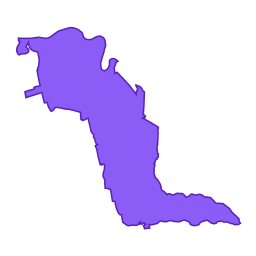 Tantareni, Gorj, Romania, rotated 86°
{"feature_id": "2599482B87643568907682", "entity_name": "Tantareni", "entity_type": "district", "adm_level": 2, "iso_a3": "ROU", "parent_name": "Romania", "parent_adm1": "Gorj", "projection": "albers", "projection_center": [23.539, 44.621], "detail": "fine", "context": "isolated", "style": "filled", "palette": "violet", "viewbox_px": 256, "rotation_deg": 86, "n_neighbors": 0, "source": "geoboundaries", "source_scale": "gbopen_adm2", "svg_char_len": 5771}
<svg xmlns="http://www.w3.org/2000/svg" viewBox="0 0 256 256"><g transform="rotate(86 128 128)"><path d="M221.7,139.8L224.8,136.0L225.2,135.2L225.5,134.4L225.5,133.5L225.2,130.5L225.7,126.7L225.5,125.9L225.1,124.8L224.1,123.8L224.9,123.3L224.6,122.5L223.8,122.7L223.2,123.1L222.5,122.4L222.9,122.4L224.0,121.7L225.1,120.7L223.7,119.0L225.2,117.1L225.7,117.5L225.8,118.3L226.3,118.7L226.5,119.2L227.2,119.3L227.7,119.0L228.1,118.9L228.4,118.6L229.4,118.7L229.7,118.3L229.4,115.2L229.4,113.3L227.1,113.6L225.7,113.6L226.2,112.4L226.3,111.3L225.3,105.7L225.2,105.2L223.5,103.4L223.2,102.7L223.1,101.8L223.4,100.3L224.0,99.0L224.1,96.5L224.1,95.4L223.7,94.7L223.3,92.9L223.4,92.0L223.4,91.5L224.1,89.5L224.5,88.8L224.7,86.5L225.0,85.1L225.2,84.4L225.0,83.0L224.8,82.7L224.8,82.1L224.1,80.3L223.8,78.9L223.9,77.7L224.2,77.0L226.1,73.6L227.1,72.9L228.2,72.6L228.9,71.9L229.7,70.3L230.0,68.9L230.0,66.7L229.5,64.6L229.4,64.7L228.8,63.6L227.7,62.9L226.7,61.2L226.3,59.9L226.3,58.8L226.0,58.5L225.5,56.2L225.7,55.1L226.5,54.3L227.0,53.2L228.1,52.3L228.3,51.9L228.5,51.4L228.8,51.1L229.0,50.6L229.1,50.0L229.3,49.7L229.6,48.5L229.3,47.7L229.2,46.7L228.3,46.1L227.6,45.0L227.5,43.5L227.6,42.6L227.4,41.4L227.6,40.8L228.5,39.0L228.7,36.7L228.7,35.9L228.8,35.3L230.3,32.4L230.5,31.6L230.8,30.0L231.2,29.6L231.6,28.6L231.7,28.3L232.1,27.7L232.0,27.2L231.8,25.9L232.0,24.6L230.7,22.4L229.2,23.5L228.1,23.7L226.8,23.5L226.2,23.8L224.0,25.7L219.0,30.4L216.4,31.7L215.3,32.5L209.9,38.7L209.9,39.0L210.1,39.9L209.6,40.9L209.5,41.4L209.4,42.7L209.6,44.1L209.5,44.4L208.9,45.6L207.8,46.7L207.3,47.2L206.5,47.5L205.6,48.5L203.7,50.0L202.9,51.0L202.7,52.8L202.3,54.2L202.1,54.7L202.4,55.7L202.3,56.3L200.8,57.9L200.3,58.7L199.6,59.5L199.5,59.9L199.3,60.9L199.1,61.7L199.4,64.0L199.6,64.5L199.7,65.1L199.5,65.8L199.6,66.1L199.4,66.7L198.9,67.1L198.5,68.0L198.4,69.6L198.5,70.0L199.9,71.3L200.3,72.2L200.5,73.2L201.0,74.3L200.7,75.5L199.5,76.0L199.0,76.3L197.8,77.6L197.1,78.8L197.0,79.5L197.1,80.3L196.6,82.5L196.6,84.0L196.8,84.8L197.5,85.9L197.8,87.9L197.6,89.1L196.8,90.4L196.5,91.2L196.4,92.2L196.7,92.9L197.5,93.4L196.8,94.0L195.8,94.6L195.9,95.0L195.4,95.2L194.2,96.4L193.8,96.5L193.6,97.2L191.4,99.3L189.2,99.0L188.5,99.3L186.6,99.6L182.9,101.4L180.8,102.6L180.0,103.6L179.2,104.3L179.0,104.2L178.7,104.2L175.1,105.3L171.9,104.8L170.3,104.8L166.9,103.8L166.3,103.9L165.6,104.7L164.9,104.3L164.9,103.7L163.7,103.5L162.4,102.7L162.1,102.8L161.7,102.6L160.8,101.7L161.0,101.2L160.9,101.0L158.8,100.1L158.8,99.7L158.6,99.7L157.2,99.7L156.1,99.5L156.0,100.2L153.7,100.4L148.4,100.4L147.1,99.7L145.5,99.5L139.5,98.8L134.2,98.3L131.6,98.4L131.3,98.0L129.3,97.7L126.2,102.0L125.6,102.9L125.1,103.5L122.3,107.7L120.2,111.0L119.1,113.0L118.5,112.3L118.8,111.7L118.8,110.3L118.6,110.2L117.9,110.2L117.2,109.8L116.9,110.5L115.8,111.6L115.1,111.3L114.9,111.4L114.8,111.6L113.9,112.0L113.6,111.9L113.4,112.1L113.0,112.0L112.8,111.7L112.8,111.4L112.1,111.4L111.7,111.1L111.1,111.2L108.6,110.8L93.1,109.1L91.9,110.5L89.9,111.3L89.0,111.8L88.0,112.6L87.4,113.4L86.1,116.1L85.7,117.1L87.2,116.9L89.8,115.4L90.9,116.3L92.4,117.0L92.6,117.3L94.8,117.5L84.3,124.6L80.9,127.6L80.9,127.4L71.6,135.1L72.7,137.4L68.2,137.4L67.2,137.6L66.5,137.4L64.8,136.5L61.7,135.3L61.2,134.5L61.3,134.4L60.8,133.3L60.6,133.4L59.0,135.1L58.5,135.8L57.9,137.0L57.7,138.0L57.7,139.1L58.1,140.2L58.6,141.1L59.1,141.5L59.9,141.9L61.6,141.9L64.2,142.2L67.0,143.8L68.1,145.0L69.2,146.8L69.2,147.4L68.9,148.4L68.2,149.7L67.8,150.1L67.0,150.6L62.0,150.8L61.3,150.7L56.2,149.0L50.4,146.7L47.8,146.0L45.4,145.0L43.7,144.5L38.9,144.8L36.9,145.7L36.4,146.1L34.9,148.2L34.4,149.1L34.3,149.9L34.5,152.0L35.0,153.8L36.7,157.2L37.0,158.2L37.2,159.4L37.2,160.7L37.0,162.1L36.8,162.8L36.1,164.2L35.0,165.4L34.4,165.8L29.5,167.2L29.0,167.7L28.3,168.7L26.7,170.4L25.9,171.6L24.5,174.6L23.9,177.0L23.9,179.6L26.2,189.7L27.5,192.4L30.9,197.8L32.3,200.4L32.6,201.5L32.8,203.5L32.7,204.4L32.5,205.4L31.5,209.5L31.2,211.1L31.7,217.4L31.7,220.0L31.1,228.2L30.7,231.0L33.3,231.2L33.5,231.1L33.8,230.1L34.3,229.9L34.7,230.0L38.3,231.9L38.4,232.0L38.6,232.4L40.2,233.1L42.1,233.6L44.5,233.4L46.7,232.5L47.2,231.9L47.4,231.3L47.3,230.6L46.4,228.6L46.8,226.9L46.8,225.5L46.4,223.9L45.4,222.2L44.2,221.6L43.0,221.7L42.2,222.1L42.1,222.6L41.6,222.6L40.0,223.8L39.6,223.9L37.3,222.5L35.7,221.3L37.2,221.4L41.0,220.5L41.9,220.0L44.0,218.0L45.0,215.7L45.9,212.9L48.3,212.4L53.6,211.8L54.9,211.9L57.2,212.4L59.1,212.5L60.4,213.1L61.5,213.8L62.5,213.7L62.7,214.1L64.0,213.7L64.2,214.7L73.2,213.7L79.8,212.7L79.8,213.0L80.0,213.9L80.0,214.6L80.2,215.8L80.1,216.6L80.6,218.2L81.1,219.0L82.6,218.8L83.4,223.3L83.5,224.0L84.7,228.3L88.7,227.9L89.4,227.7L90.6,227.8L86.6,211.5L97.1,209.7L96.9,206.9L100.8,206.1L104.4,204.6L106.0,203.5L105.9,203.0L104.9,201.2L103.0,199.5L102.5,198.8L102.5,198.2L102.6,196.8L103.7,192.3L104.1,191.6L104.9,188.7L104.8,188.2L105.4,185.1L106.5,181.4L109.1,174.2L111.9,174.4L116.3,174.3L116.3,173.1L117.3,173.0L116.9,170.8L116.0,169.0L115.8,168.1L115.7,167.1L120.4,166.4L126.0,165.4L128.5,165.2L129.5,164.8L131.1,163.5L132.7,162.9L133.3,162.8L134.3,163.0L134.8,162.9L137.3,161.9L140.2,161.3L140.8,161.0L141.6,160.8L141.9,160.6L141.9,160.0L142.2,159.9L142.4,159.6L143.4,161.9L146.5,160.9L148.3,160.5L154.3,159.8L162.1,158.4L161.7,157.6L163.2,157.4L162.2,154.6L163.3,154.2L163.5,153.9L164.7,153.9L165.3,154.3L167.1,154.3L167.7,154.6L168.6,154.8L169.7,155.4L170.3,155.4L170.9,155.8L171.8,155.8L174.1,156.3L176.2,155.5L177.2,155.3L178.2,154.8L180.0,154.8L182.0,155.1L184.2,154.9L186.4,155.1L186.9,152.7L188.2,149.7L199.9,148.6L200.3,147.1L200.3,146.1L201.8,146.0L205.7,145.5L209.3,144.6L210.8,143.9L211.3,143.9L212.0,143.4L212.9,143.1L213.1,142.8L214.0,142.0L214.0,140.6L221.7,139.8Z" fill="#8b5cf6" stroke="#5b21b6" stroke-width="1.5"/></g></svg>